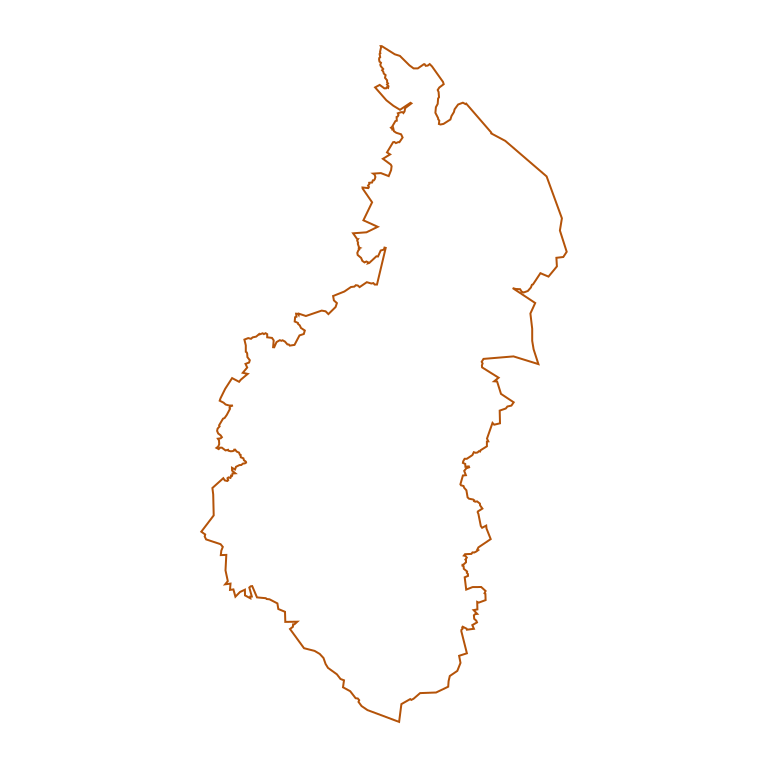 Victoria, Guanajuato, Mexico
{"feature_id": "50627088B96673154925588", "entity_name": "Victoria", "entity_type": "district", "adm_level": 2, "iso_a3": "MEX", "parent_name": "Mexico", "parent_adm1": "Guanajuato", "projection": "orthographic", "projection_center": [-100.227, 21.387], "detail": "fine", "context": "isolated", "style": "outline", "palette": "amber", "viewbox_px": 768, "rotation_deg": 0, "n_neighbors": 0, "source": "geoboundaries", "source_scale": "gbopen_adm2", "svg_char_len": 6079}
<svg xmlns="http://www.w3.org/2000/svg" viewBox="0 0 768 768"><path d="M561.9,218.3L546.6,176.4L505.3,140.9L491.2,133.4L491.3,132.6L466.2,103.6L465.5,104.1L462.9,102.7L458.1,104.5L454.6,109.3L453.9,112.1L451.5,116.0L450.4,119.5L443.5,123.9L440.5,124.5L438.9,124.0L439.3,120.6L438.2,119.3L438.1,118.1L435.4,112.8L435.9,107.2L437.7,103.9L438.1,98.5L439.0,97.2L438.6,92.0L437.7,90.0L439.3,87.5L443.7,84.2L443.0,81.9L432.0,66.4L429.7,64.1L427.7,65.6L425.7,65.8L424.6,64.2L423.9,64.2L417.8,68.4L413.6,68.4L409.5,65.4L399.9,55.9L394.8,54.3L381.7,46.1L380.7,46.1L381.1,47.1L380.0,52.1L380.4,53.2L379.6,54.0L380.2,57.2L379.2,58.1L379.1,59.7L379.5,61.6L381.0,62.8L380.3,64.8L380.8,66.2L383.2,69.0L382.1,70.2L383.2,71.5L383.8,73.6L385.6,75.1L385.0,77.8L387.1,80.3L387.1,82.4L388.0,83.4L387.0,84.5L388.5,86.2L388.1,87.9L386.8,87.3L386.1,88.3L384.3,88.3L379.7,84.9L375.1,87.4L386.4,100.3L393.4,105.8L400.0,109.8L410.5,102.8L411.4,103.4L405.2,108.1L404.5,111.5L403.4,113.0L402.7,112.2L401.1,112.2L397.8,113.3L398.5,115.0L397.7,116.5L396.6,117.0L396.8,120.7L395.4,121.1L391.9,127.1L391.0,127.7L392.3,128.9L392.3,129.6L393.0,129.7L393.4,128.9L393.9,131.2L396.3,132.8L401.1,134.3L402.6,137.5L399.4,142.2L398.3,142.1L395.9,143.1L394.4,142.0L393.1,142.2L387.0,152.4L390.1,154.4L382.9,158.8L390.8,164.6L391.6,166.2L391.1,170.1L388.7,176.1L380.9,173.1L373.2,173.6L374.6,174.6L375.4,177.0L374.7,179.3L373.8,180.4L372.8,180.4L372.1,182.5L369.2,182.8L369.3,184.1L368.0,185.6L368.9,187.0L368.3,188.1L362.5,187.5L362.6,188.5L372.1,202.3L363.4,220.3L377.7,226.8L366.5,232.3L353.1,233.3L357.4,239.4L357.9,239.3L357.2,240.6L358.1,242.8L357.8,243.8L359.1,247.5L360.0,247.9L358.8,248.4L359.3,249.5L358.4,250.2L357.3,252.9L357.7,255.0L361.1,257.9L362.3,260.8L364.5,262.4L366.4,261.5L368.4,262.5L368.0,263.3L369.3,262.9L376.4,256.3L378.0,256.5L380.7,250.5L383.9,249.6L384.5,247.6L385.7,247.9L377.0,284.5L374.6,284.5L373.4,283.1L371.3,283.5L366.8,282.2L359.6,287.1L357.8,285.5L355.8,285.2L354.4,286.6L351.0,287.0L344.4,291.5L333.1,296.0L333.9,300.4L336.9,303.1L335.6,307.0L328.4,314.1L325.6,311.3L321.7,310.6L305.9,316.0L298.9,313.7L298.7,314.9L298.0,313.8L296.1,313.7L296.5,316.7L295.1,317.2L294.7,321.5L297.9,322.9L298.1,324.0L299.7,325.3L301.0,328.0L304.8,330.5L303.8,334.0L299.5,335.4L294.5,344.9L289.8,345.6L288.8,344.5L287.4,344.4L285.0,341.6L282.6,340.3L281.4,340.8L279.8,340.2L276.5,342.1L274.2,347.3L273.1,347.2L273.7,340.4L272.0,337.9L267.2,337.3L267.2,334.2L265.6,333.2L263.9,334.1L262.7,333.3L259.3,334.5L259.1,334.1L256.2,336.6L252.6,337.4L251.0,338.8L248.2,338.1L244.4,339.6L245.8,345.4L245.8,351.8L246.8,352.5L247.2,353.7L247.4,357.1L249.8,360.2L249.1,362.5L245.5,363.9L247.2,367.5L242.8,372.8L247.7,373.9L240.8,379.7L239.1,381.8L232.1,378.1L225.2,388.8L220.5,398.3L219.7,400.7L223.6,402.7L225.6,404.5L229.1,405.5L232.9,405.5L230.3,406.4L229.5,407.9L230.0,408.8L226.8,414.9L224.6,418.0L223.0,418.7L219.1,425.3L219.6,426.4L217.6,428.6L217.1,430.9L218.2,433.5L220.6,435.3L221.9,437.2L220.7,438.3L217.9,438.7L219.0,440.4L219.2,444.2L218.2,446.6L216.5,447.9L218.7,449.1L220.0,447.7L221.9,447.7L225.5,450.4L228.1,449.8L228.4,450.7L230.7,451.3L232.8,451.1L234.1,450.5L234.2,449.7L235.1,449.6L236.7,451.6L239.0,452.6L239.9,454.8L240.6,454.9L240.8,457.3L243.4,458.3L243.9,460.2L245.9,461.7L246.1,462.6L244.8,463.4L242.9,463.6L241.3,465.0L239.4,465.1L236.0,466.8L235.0,469.5L232.0,467.8L232.1,470.6L235.3,473.3L232.5,473.5L232.1,475.8L231.7,476.2L231.0,475.8L230.4,477.9L228.5,477.4L227.5,478.2L228.2,480.2L227.3,481.0L224.8,480.4L223.3,478.2L212.4,488.0L213.2,494.4L213.7,515.4L201.3,531.7L205.2,534.5L204.7,536.5L206.1,539.4L220.6,544.2L222.8,546.9L221.3,550.7L220.8,555.1L226.3,554.9L225.5,570.4L227.8,581.1L225.2,584.3L230.5,583.6L230.0,589.9L233.4,589.4L235.4,596.7L240.0,592.0L244.9,589.7L245.0,595.4L250.4,598.3L250.3,596.6L251.8,596.5L249.3,587.5L250.7,586.3L252.2,586.1L257.0,597.4L265.8,598.2L266.6,599.0L269.5,599.3L277.4,603.4L278.3,609.0L285.0,611.8L285.3,621.9L297.3,621.7L294.4,624.3L293.1,624.3L292.9,626.8L290.0,629.0L304.0,648.2L314.6,650.9L319.7,653.9L323.5,658.0L325.6,664.0L328.0,667.9L336.9,674.3L340.5,679.0L344.0,680.3L343.0,687.3L350.2,691.2L355.6,698.2L357.8,698.5L359.2,700.2L358.5,701.9L361.6,706.1L367.5,710.1L399.1,721.9L401.4,704.1L410.2,699.1L411.3,699.9L413.5,698.8L420.1,693.1L436.1,692.5L448.2,686.7L448.6,681.1L449.8,676.0L457.3,670.9L460.5,662.9L459.1,655.8L466.9,653.3L461.3,631.1L461.4,629.9L462.6,628.7L462.2,627.4L462.7,626.7L466.6,628.7L466.9,629.7L473.9,628.8L472.3,625.1L477.0,622.4L476.3,620.7L474.2,618.8L473.9,615.3L475.2,614.1L477.2,613.9L473.6,610.1L477.4,609.4L477.2,601.9L478.8,602.6L485.6,600.1L485.4,593.9L484.5,593.3L485.6,591.0L481.2,587.0L472.5,587.1L466.2,589.6L464.7,577.3L468.0,575.9L467.9,574.0L466.8,572.8L467.1,571.5L463.8,568.8L463.6,566.3L462.4,565.7L462.5,564.8L463.2,564.8L466.0,562.3L466.0,560.0L465.4,559.6L466.8,557.6L465.5,556.0L463.9,555.6L465.0,554.2L471.4,553.9L472.5,552.4L474.3,552.5L476.3,551.5L478.2,550.1L477.3,549.6L478.4,547.4L490.7,539.1L486.5,528.5L486.2,525.6L482.1,527.8L480.8,526.0L478.4,513.9L477.7,512.3L477.8,511.5L482.4,508.6L480.1,505.4L479.9,503.6L477.1,501.4L475.2,501.7L474.0,501.1L474.2,500.3L473.1,499.5L469.0,498.7L467.6,497.4L466.4,490.3L464.2,487.8L463.5,486.0L461.0,485.3L460.4,484.3L462.9,475.5L465.9,475.2L464.2,470.9L466.3,468.3L469.1,467.3L468.8,466.4L465.4,466.7L465.2,463.9L462.9,462.9L463.2,461.3L464.6,458.8L466.8,458.8L472.4,455.1L473.8,452.2L475.7,452.8L477.5,452.5L478.9,451.2L480.1,451.5L480.5,450.3L486.9,446.3L486.9,441.6L488.3,441.4L487.0,438.6L492.5,422.9L494.2,424.7L500.0,423.3L499.7,410.6L505.8,408.5L507.4,406.5L511.4,405.6L513.7,402.3L501.0,393.9L497.1,381.5L494.2,381.3L498.6,377.7L482.1,367.4L481.9,365.4L482.6,363.4L481.7,361.8L483.5,358.9L513.5,356.4L538.4,364.1L533.6,349.3L532.2,340.8L532.2,328.8L530.4,313.5L535.2,303.0L512.7,288.1L515.8,289.0L520.1,289.2L521.6,291.6L523.6,292.5L527.8,291.0L530.9,287.5L531.9,284.8L533.0,284.4L540.4,273.2L548.5,276.6L556.9,266.4L556.4,257.8L563.3,257.0L566.7,251.8L559.9,230.5L561.9,218.3Z" fill="none" stroke="#b45309" stroke-width="2"/></svg>